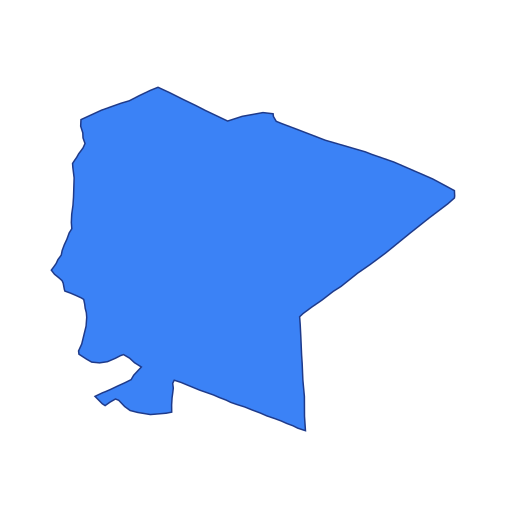 the district of Suq Al-Shoyokh, Dhi-Qar, Iraq, rotated 263°
{"feature_id": "34846034B93046718311053", "entity_name": "Suq Al-Shoyokh", "entity_type": "district", "adm_level": 2, "iso_a3": "IRQ", "parent_name": "Iraq", "parent_adm1": "Dhi-Qar", "projection": "robinson", "projection_center": [46.449, 30.814], "detail": "fine", "context": "isolated", "style": "filled", "palette": "blue", "viewbox_px": 512, "rotation_deg": 263, "n_neighbors": 0, "source": "geoboundaries", "source_scale": "gbopen_adm2", "svg_char_len": 1949}
<svg xmlns="http://www.w3.org/2000/svg" viewBox="0 0 512 512"><g transform="rotate(263 256 256)"><path d="M412.7,98.9L406.2,97.8L399.3,99.1L394.3,98.7L388.5,100.0L384.5,97.6L382.1,95.4L379.1,92.5L375.7,90.0L373.4,87.9L370.2,85.2L366.1,85.0L362.6,85.0L355.7,85.0L344.7,83.3L336.4,82.0L328.6,80.5L320.0,78.2L311.8,76.8L305.5,76.5L301.7,73.4L295.6,70.3L290.5,67.1L285.1,64.3L280.6,62.8L276.6,59.0L273.0,56.8L270.0,54.1L266.9,51.1L262.4,53.8L258.4,57.7L255.2,60.5L252.6,61.3L246.3,61.7L244.5,62.0L241.8,67.3L238.6,72.8L235.7,77.5L233.9,79.7L229.0,80.1L225.0,80.1L220.4,80.7L215.7,80.5L207.1,78.8L198.1,75.4L189.9,72.3L183.4,68.3L180.1,68.3L174.3,75.2L170.7,80.0L169.0,87.7L169.2,95.7L171.6,103.9L173.6,109.3L174.3,112.5L170.0,118.1L164.9,122.4L159.8,128.7L157.4,125.8L152.6,120.1L148.5,117.0L146.1,110.2L143.7,102.5L141.3,95.4L139.7,90.0L138.9,86.8L136.3,79.1L128.1,85.4L125.9,88.0L128.8,93.4L131.2,99.1L129.5,102.2L122.6,107.3L118.0,112.2L115.1,119.6L113.2,126.1L111.5,131.8L110.9,147.7L111.3,153.3L118.5,154.1L125.5,155.4L130.4,156.7L134.9,157.8L139.8,157.8L142.7,159.7L139.6,166.3L136.3,172.1L132.7,178.5L129.7,183.8L127.5,188.3L123.3,196.8L120.1,202.2L116.6,208.8L113.8,213.1L110.9,219.0L107.6,226.3L103.8,233.1L99.7,241.0L95.9,247.4L92.2,255.1L89.2,260.9L86.1,266.0L83.0,272.0L80.0,276.5L77.1,282.7L76.6,283.8L91.0,284.6L110.6,286.9L127.2,287.4L143.4,288.7L152.2,289.2L169.9,290.6L182.3,291.5L190.4,291.9L193.1,295.6L198.5,305.1L204.2,316.1L211.5,328.4L215.4,336.6L226.6,354.8L233.5,368.0L243.1,384.9L259.7,411.3L272.8,432.7L284.4,452.7L289.4,460.0L291.3,460.5L296.7,460.9L311.0,440.7L332.5,404.2L342.8,383.2L346.1,377.1L362.4,339.0L375.1,315.2L384.4,297.5L387.2,292.5L392.3,290.3L395.1,290.3L397.5,280.4L396.3,259.3L393.4,244.3L396.5,239.4L399.5,234.7L406.6,223.5L412.8,214.4L420.3,202.7L428.5,190.4L435.4,179.3L433.3,171.4L429.4,159.7L425.5,149.2L424.1,140.7L419.6,120.5L412.7,98.9Z" fill="#3b82f6" stroke="#1e3a8a" stroke-width="1.5"/></g></svg>